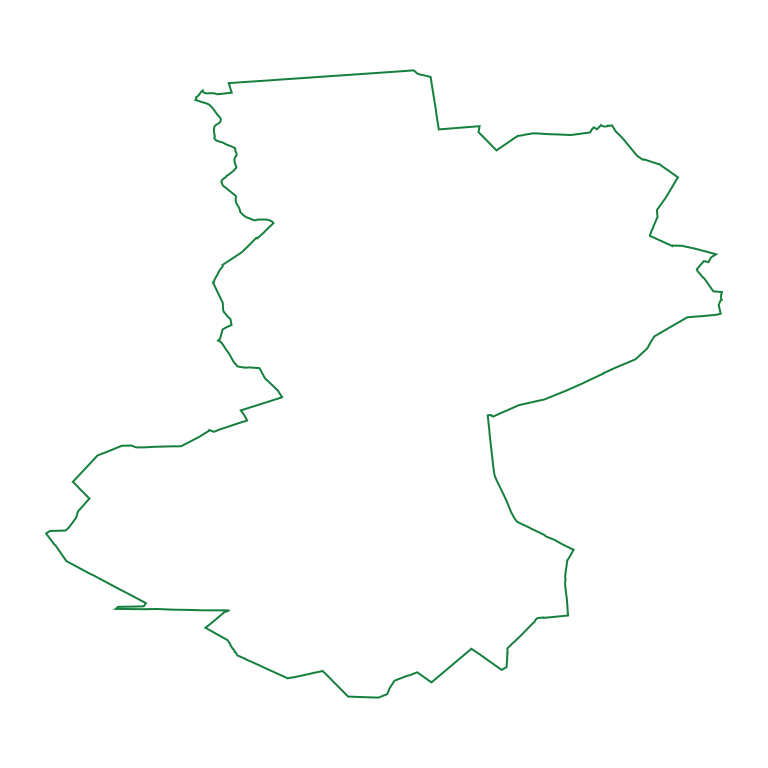 the district of Dekšāres pag., Vilanu, Latvia
{"feature_id": "27541924B87900075837764", "entity_name": "Dekšāres pag.", "entity_type": "district", "adm_level": 2, "iso_a3": "LVA", "parent_name": "Latvia", "parent_adm1": "Vilanu", "projection": "natural_earth1", "projection_center": [26.82, 56.612], "detail": "fine", "context": "isolated", "style": "outline", "palette": "green", "viewbox_px": 768, "rotation_deg": 0, "n_neighbors": 0, "source": "geoboundaries", "source_scale": "gbopen_adm2", "svg_char_len": 6029}
<svg xmlns="http://www.w3.org/2000/svg" viewBox="0 0 768 768"><path d="M228.7,83.1L231.7,92.7L217.4,94.3L214.5,93.4L212.9,93.2L211.3,93.3L209.3,93.2L207.0,93.4L205.9,93.3L204.7,93.0L203.4,92.2L202.9,91.3L202.8,90.5L201.5,91.5L199.5,94.0L198.7,95.3L197.1,96.7L196.4,97.1L196.2,97.1L196.1,97.5L196.4,98.4L195.4,100.0L207.8,103.9L209.3,104.8L210.6,105.9L213.8,109.6L216.2,113.1L218.2,115.5L219.4,116.7L220.7,118.8L220.8,119.9L220.5,121.3L220.1,121.9L219.2,122.9L217.9,123.9L216.5,124.7L215.4,125.4L214.7,126.2L214.3,127.3L213.9,129.6L214.0,132.1L214.9,136.6L214.4,137.5L214.3,138.1L214.4,138.6L215.7,140.0L217.4,140.9L219.0,141.5L221.2,142.0L222.4,142.4L223.7,143.0L225.2,143.9L226.6,144.6L228.6,145.3L232.7,147.0L234.6,147.9L235.1,148.3L235.2,149.7L235.7,151.7L236.4,153.1L236.7,154.4L236.6,155.0L236.0,156.0L235.1,157.4L234.7,158.2L234.3,160.0L234.9,163.2L235.4,164.7L236.0,165.9L236.4,167.0L236.1,167.8L233.7,170.6L228.5,174.8L227.5,175.4L226.3,176.1L226.2,176.5L225.7,177.1L224.7,178.0L224.0,178.4L222.7,179.4L222.1,180.2L221.5,180.9L221.3,181.5L221.5,182.2L222.7,185.1L223.2,185.8L235.8,195.9L236.0,196.7L235.6,199.4L235.9,202.0L236.8,204.1L238.2,206.3L239.1,208.0L239.4,208.7L240.1,210.7L240.1,211.5L240.4,212.1L241.2,213.0L243.4,215.2L245.9,217.0L246.7,217.4L251.0,219.0L254.1,220.3L254.8,220.3L255.1,220.2L255.8,220.2L256.9,219.8L258.0,219.6L265.4,219.5L267.2,219.7L267.9,219.8L270.3,220.7L271.5,221.3L272.2,221.7L272.8,222.2L273.5,223.1L265.2,231.0L264.4,232.0L257.3,238.4L256.3,237.8L248.5,245.8L241.5,252.5L222.4,265.0L222.7,266.5L220.7,268.7L219.3,270.9L216.7,275.9L215.5,277.9L214.3,280.1L214.2,281.6L212.9,282.4L222.8,302.9L223.0,307.5L223.2,310.1L223.7,311.7L227.6,316.4L228.5,317.4L230.4,319.0L231.5,325.0L226.4,327.3L222.6,329.5L220.0,339.0L218.1,340.6L220.6,341.8L220.6,342.0L222.3,343.7L226.3,349.9L229.0,353.6L233.7,361.9L237.6,366.5L239.3,366.8L245.5,367.7L248.5,367.4L259.5,368.1L265.0,378.4L271.6,384.5L277.9,390.6L282.1,397.3L240.8,410.4L241.8,411.8L244.2,415.1L247.1,420.4L246.4,420.9L245.5,421.2L244.6,421.4L242.7,421.7L242.4,421.9L220.3,429.3L213.9,431.8L209.2,430.0L208.8,430.9L199.1,436.9L184.7,444.4L182.1,445.7L181.9,445.9L181.3,446.2L178.5,446.3L173.3,446.3L158.4,446.7L153.5,446.8L146.3,447.3L139.6,447.4L136.3,447.4L131.1,445.5L125.1,445.7L123.2,445.7L122.1,445.8L121.5,445.9L115.4,448.4L108.8,451.1L97.7,455.4L97.3,455.7L73.0,481.7L73.3,481.8L73.2,482.1L77.6,486.5L78.6,487.7L79.8,489.0L81.2,490.3L82.2,491.3L82.5,491.5L86.1,495.3L87.4,496.5L88.9,498.4L89.4,498.6L87.2,501.1L85.6,502.8L83.6,505.1L77.9,511.5L76.2,517.6L69.2,527.2L65.7,530.5L50.0,531.0L46.2,533.3L46.1,533.5L54.6,544.8L55.3,545.1L66.4,561.1L90.4,574.0L93.7,575.4L93.9,575.6L120.5,589.8L124.5,591.8L145.9,603.1L143.8,606.3L133.6,606.6L118.2,606.8L115.7,608.9L142.9,609.2L157.2,609.0L174.0,609.7L188.7,609.9L202.4,610.3L217.2,610.3L228.0,610.4L228.5,610.5L228.2,610.8L224.1,612.3L223.4,612.7L222.7,613.6L213.1,621.7L205.5,627.8L227.3,640.0L228.0,640.8L229.7,643.2L230.7,645.5L232.8,648.9L233.6,649.5L234.3,650.4L234.6,651.8L235.7,652.4L236.3,653.3L236.7,654.6L237.5,655.5L239.7,656.4L244.7,658.7L244.8,658.6L247.1,659.9L251.2,661.7L251.9,661.9L252.8,662.4L253.6,662.8L254.5,663.2L259.7,665.5L262.2,666.7L262.4,666.7L263.9,667.5L279.3,674.5L284.1,676.6L287.4,678.3L295.2,677.0L302.1,675.5L309.8,673.8L315.5,672.5L322.1,671.2L322.5,670.9L325.6,673.8L339.5,687.9L346.0,694.4L348.1,696.6L351.9,696.7L365.4,697.2L378.5,697.6L387.2,694.1L389.8,687.9L394.3,681.0L395.0,680.5L407.5,675.7L409.5,675.3L417.2,672.3L431.5,682.4L464.7,654.4L471.4,648.8L481.1,655.3L484.2,657.6L500.4,669.0L501.7,669.9L506.6,667.1L506.7,664.8L507.1,659.6L507.2,657.4L507.2,655.9L507.4,653.1L507.5,653.0L507.3,652.9L507.5,651.1L507.4,648.4L511.0,644.9L512.5,643.3L514.3,642.0L516.2,640.0L517.8,638.5L522.7,633.7L532.4,623.7L534.5,622.1L534.8,621.1L535.0,620.6L535.3,620.1L537.5,618.1L543.5,617.5L543.6,617.9L568.1,615.5L567.9,613.5L567.6,610.2L567.6,609.6L567.2,603.4L567.1,601.9L566.7,597.3L566.4,596.2L566.0,592.3L565.3,586.9L565.2,586.0L565.1,583.2L565.2,581.3L565.6,579.3L565.1,576.7L565.4,574.4L566.0,569.3L566.4,567.0L567.3,560.3L569.4,557.2L573.6,549.8L563.3,544.8L554.1,539.7L546.1,536.5L544.1,534.8L532.1,529.1L528.3,527.1L519.5,523.0L517.2,521.8L514.7,518.7L513.6,516.8L511.2,512.3L507.1,502.2L503.4,494.2L500.7,488.7L496.8,480.7L494.9,476.2L494.3,473.8L493.9,471.4L492.9,463.3L489.8,435.7L489.2,429.1L487.8,416.3L487.7,415.5L488.2,415.1L490.6,415.3L490.8,415.1L492.3,416.0L492.4,416.3L493.0,416.6L511.3,408.5L519.1,405.1L536.0,401.3L544.2,399.5L567.0,390.3L582.3,383.5L589.8,379.9L603.4,373.5L603.6,373.5L604.1,373.0L604.0,372.9L615.9,367.5L624.3,364.0L635.5,359.3L639.5,355.6L647.0,348.6L647.5,348.0L650.1,343.2L654.2,336.5L654.5,336.3L666.0,329.6L687.3,317.3L697.7,316.4L700.7,316.3L716.8,314.7L720.7,313.7L718.7,305.1L720.7,300.0L721.7,299.9L721.3,298.6L721.0,297.2L720.9,296.3L721.9,292.0L718.3,291.8L713.3,291.3L708.7,284.7L704.4,278.6L702.8,277.3L699.9,273.8L697.7,271.4L696.8,269.2L703.9,261.1L708.4,262.2L710.7,258.0L711.4,257.2L712.4,256.5L714.0,255.6L716.0,254.3L708.5,252.2L694.4,248.5L682.8,246.0L682.7,245.8L673.4,245.6L672.7,245.5L672.4,246.1L650.0,235.9L649.9,235.6L651.2,231.7L652.4,229.1L653.3,227.5L653.5,226.1L653.9,225.2L655.1,222.6L656.6,219.0L657.6,216.9L657.5,216.6L656.9,210.2L657.1,209.8L665.7,197.8L671.9,187.4L675.6,181.1L678.0,177.4L659.2,164.1L659.1,164.3L644.0,159.4L643.7,159.4L642.9,159.8L636.9,155.6L623.5,139.3L621.0,136.5L616.1,131.8L615.1,130.5L612.2,125.6L612.0,125.4L609.4,125.7L608.0,125.7L608.0,126.1L605.4,126.5L604.6,126.5L603.9,126.5L602.9,126.2L601.0,125.1L597.0,129.3L593.9,127.3L592.4,128.8L591.6,129.8L590.9,131.0L590.3,132.4L573.4,134.7L570.4,135.0L551.8,134.2L551.8,134.3L543.9,133.9L538.5,133.5L533.3,133.3L523.7,134.9L523.1,135.2L517.5,136.0L517.1,136.5L515.6,137.3L496.5,150.4L478.5,132.1L479.6,126.2L438.8,129.4L436.5,114.8L435.6,108.2L432.6,89.6L430.6,76.9L427.7,76.2L421.0,74.7L418.2,74.0L417.1,73.3L415.7,72.1L413.8,70.4L364.6,73.8L228.7,83.1Z" fill="none" stroke="#15803d" stroke-width="2"/></svg>